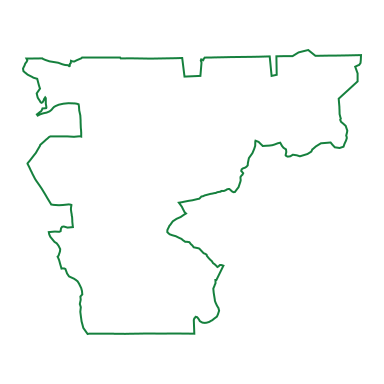 the district of Salah, Ta`izz, Yemen
{"feature_id": "15242507B73155733495218", "entity_name": "Salah", "entity_type": "district", "adm_level": 2, "iso_a3": "YEM", "parent_name": "Yemen", "parent_adm1": "Ta`izz", "projection": "albers", "projection_center": [44.04, 13.581], "detail": "fine", "context": "isolated", "style": "outline", "palette": "green", "viewbox_px": 384, "rotation_deg": 0, "n_neighbors": 0, "source": "geoboundaries", "source_scale": "gbopen_adm2", "svg_char_len": 5800}
<svg xmlns="http://www.w3.org/2000/svg" viewBox="0 0 384 384"><path d="M361.0,55.1L347.3,55.4L334.7,55.6L332.0,55.6L329.6,55.6L317.6,55.8L315.4,55.8L308.2,50.0L298.6,52.4L292.6,56.1L289.6,56.1L285.4,56.1L276.4,56.3L276.7,74.8L271.6,75.9L269.7,56.4L259.5,56.7L248.7,56.9L246.8,56.9L237.8,57.0L230.0,57.1L226.0,57.2L215.3,57.4L214.6,57.4L211.9,57.5L208.7,57.5L204.7,57.6L203.6,59.1L203.4,59.8L203.0,60.3L202.3,59.7L201.2,59.4L200.8,60.5L201.3,62.0L201.5,62.7L200.4,75.9L184.5,76.6L182.2,58.0L175.7,58.2L169.7,58.3L152.0,58.6L149.3,58.6L143.1,58.5L129.2,58.3L124.3,58.4L120.7,58.4L120.1,57.5L82.1,57.5L81.3,58.3L76.6,60.3L74.3,61.5L72.5,61.4L71.0,60.8L70.7,63.2L69.9,63.9L69.7,66.0L69.2,66.2L68.0,65.2L65.2,65.0L64.3,64.8L62.1,64.2L58.4,62.8L57.9,62.7L53.6,62.0L49.3,61.3L48.8,61.1L45.5,60.0L42.9,58.9L42.4,58.4L33.3,58.5L26.4,58.5L27.3,60.3L26.7,61.7L25.2,63.6L24.5,65.6L23.6,67.3L23.0,68.7L23.5,71.3L26.7,73.9L27.7,74.7L32.1,76.9L33.4,77.7L37.2,78.8L38.6,84.1L38.9,85.2L39.6,87.5L40.0,88.6L36.7,93.4L37.1,95.2L37.7,97.6L38.5,98.9L39.6,100.5L40.5,102.1L41.4,102.8L42.5,102.3L42.9,101.7L43.8,100.2L44.0,99.2L45.2,97.4L45.8,98.2L45.8,103.8L46.1,105.4L46.4,107.4L46.2,108.1L45.9,108.2L43.7,108.4L42.5,108.4L41.8,110.1L41.0,111.4L40.1,111.9L39.2,112.6L38.3,113.3L37.7,113.9L36.9,114.4L37.7,115.6L40.2,114.3L43.3,113.3L46.6,112.6L49.5,111.4L51.2,110.1L51.7,109.6L52.8,108.2L53.2,107.8L54.1,106.9L55.7,106.0L58.8,104.7L63.4,103.7L68.5,103.2L73.9,103.4L74.5,103.4L76.1,103.6L76.5,103.7L77.1,103.8L78.6,104.3L79.0,106.7L79.1,108.6L79.2,109.7L79.2,110.3L80.3,115.4L80.6,120.4L80.6,122.1L80.8,127.6L80.9,128.9L81.0,129.4L81.2,132.7L81.2,136.6L80.5,136.4L79.7,136.3L78.1,136.4L74.0,136.8L67.2,136.4L52.6,136.4L50.4,136.4L49.1,137.0L47.4,138.6L46.1,139.6L44.4,141.2L40.2,144.9L40.0,145.8L37.1,150.7L36.9,151.1L35.8,153.0L34.1,155.1L29.7,160.8L27.8,163.0L27.5,163.4L27.6,163.9L29.2,167.0L30.9,170.7L31.5,171.8L32.8,174.6L33.0,174.9L35.0,178.8L35.5,179.6L35.7,179.9L36.2,180.7L39.5,185.4L41.8,188.8L42.4,189.8L45.2,194.4L47.4,198.2L51.0,204.1L51.2,204.5L53.8,204.9L57.2,205.1L58.0,205.2L59.6,205.2L62.9,205.0L67.8,204.5L68.3,204.4L68.8,204.4L70.3,204.6L71.4,204.9L71.4,205.3L71.1,206.9L71.0,207.8L70.9,209.2L71.1,210.9L71.3,212.3L71.7,214.4L71.7,215.2L72.1,217.0L72.3,220.4L72.3,221.7L72.9,227.1L67.5,227.6L63.8,226.5L63.2,226.6L62.1,226.8L61.0,228.4L60.6,231.2L60.1,231.4L59.2,231.8L55.7,231.6L54.8,231.6L54.3,231.6L48.8,232.1L49.2,234.2L49.5,235.0L50.3,236.8L54.0,241.3L54.5,241.9L56.7,243.3L58.5,245.7L60.2,249.1L60.0,251.3L59.4,253.2L59.1,253.9L58.6,255.6L57.6,256.7L58.3,258.1L59.1,260.1L59.5,261.5L60.1,263.8L61.2,267.5L61.5,268.6L62.6,268.4L64.4,268.5L65.4,269.0L66.1,270.9L66.6,272.2L67.0,273.4L69.0,276.4L74.2,278.8L75.0,279.4L76.1,280.1L76.5,280.5L77.5,281.2L78.2,282.3L79.0,283.6L79.4,284.4L81.2,288.1L82.0,291.1L82.2,293.5L82.3,294.4L80.4,296.5L80.7,299.7L80.5,300.8L80.1,302.6L79.9,303.6L79.8,304.1L80.1,304.9L80.8,307.2L80.3,311.8L81.0,317.3L81.6,321.5L82.5,324.8L83.3,327.9L87.6,334.0L89.0,333.7L92.9,333.7L113.7,333.7L114.4,333.8L123.5,333.8L124.9,333.9L126.4,333.8L141.7,333.6L145.8,333.5L160.5,333.6L166.1,333.6L168.1,333.5L171.1,333.5L186.9,333.6L194.3,333.7L194.2,330.7L193.8,320.1L194.3,318.4L195.2,317.6L195.6,316.8L197.0,317.1L198.1,318.3L199.0,319.6L199.8,321.1L201.1,321.9L202.4,322.6L204.6,322.9L206.6,322.7L208.6,322.1L209.5,321.8L210.3,321.2L212.3,320.2L213.7,319.0L216.9,316.6L217.9,314.4L219.1,310.7L218.4,307.9L217.7,306.9L216.8,305.3L215.6,302.7L214.9,300.8L214.8,299.6L213.7,292.8L213.3,288.6L214.6,285.5L214.7,285.0L215.5,283.3L215.5,281.7L215.4,280.0L216.4,280.0L223.4,265.7L223.1,265.6L221.7,265.1L220.0,265.0L219.7,265.2L218.5,266.4L217.4,267.0L216.6,266.1L214.6,264.2L213.1,263.2L211.8,261.1L210.4,259.9L208.5,257.9L206.9,255.9L206.6,254.7L205.7,254.1L205.4,253.9L203.6,253.2L199.3,248.6L198.1,248.2L193.7,247.3L192.3,245.4L190.9,244.2L190.0,243.0L189.4,242.2L187.0,241.8L185.2,241.8L184.4,241.2L182.8,240.1L181.5,238.9L179.2,237.9L175.8,236.2L172.9,235.4L172.2,235.2L169.7,234.3L168.5,233.3L167.3,232.1L167.4,230.0L168.3,228.1L169.0,226.8L169.2,226.1L170.6,224.4L171.7,222.8L172.8,221.3L176.6,218.8L179.1,217.7L180.7,217.0L183.7,214.9L186.0,213.5L184.6,212.2L182.7,208.5L181.9,206.8L180.0,204.2L178.9,202.7L182.0,202.2L183.7,201.8L188.8,200.8L192.3,200.3L197.7,199.0L198.4,198.9L199.3,198.7L200.0,198.0L201.4,196.5L203.1,196.2L204.7,195.4L206.3,195.0L210.4,193.9L212.3,193.6L214.4,193.1L215.7,193.0L217.3,192.2L218.5,192.0L219.6,191.8L220.6,191.7L221.2,191.0L221.9,190.9L223.1,191.0L224.1,190.9L225.7,190.2L226.4,189.8L226.9,189.4L228.4,189.0L229.3,189.0L230.3,189.8L232.0,191.4L233.5,192.2L234.9,192.0L236.9,189.3L237.6,188.4L238.5,187.3L240.4,181.6L240.7,180.1L240.5,178.4L240.5,177.0L241.6,175.4L242.4,174.8L243.2,173.2L242.0,171.8L241.2,170.9L241.7,169.3L242.9,168.4L245.0,167.7L246.4,166.8L247.7,165.4L247.9,162.9L248.9,158.1L250.6,155.7L252.4,153.2L254.2,148.9L255.2,145.8L255.3,141.4L255.5,140.7L258.6,141.9L260.7,144.0L262.0,145.2L262.7,146.0L265.5,145.8L269.2,145.6L272.3,145.2L274.6,144.5L277.7,143.3L280.2,142.7L281.5,145.0L281.9,145.8L283.5,147.8L286.0,149.4L286.3,152.0L286.1,152.9L285.6,155.2L285.9,155.7L287.5,156.6L288.0,156.6L290.3,156.3L292.9,154.7L293.4,154.8L296.8,155.3L299.9,156.3L300.6,156.1L307.5,154.0L311.3,151.6L311.9,150.3L312.3,149.4L312.8,149.1L315.9,146.4L320.9,143.3L327.1,142.8L328.1,142.7L330.6,142.5L332.4,144.7L334.8,147.3L339.6,148.0L342.9,146.9L343.5,146.7L344.5,143.8L346.0,140.6L346.8,138.1L346.7,137.0L346.2,135.6L347.0,132.5L347.3,130.7L345.7,125.9L343.3,123.7L341.1,121.9L340.9,121.5L340.2,119.8L340.8,118.6L340.3,117.0L339.8,114.9L339.6,114.2L339.5,109.9L339.4,108.0L339.4,107.0L338.7,98.7L357.6,81.4L357.6,73.4L355.2,66.7L357.9,65.4L359.2,64.9L360.5,63.0L360.8,60.0L361.0,55.1Z" fill="none" stroke="#15803d" stroke-width="2"/></svg>